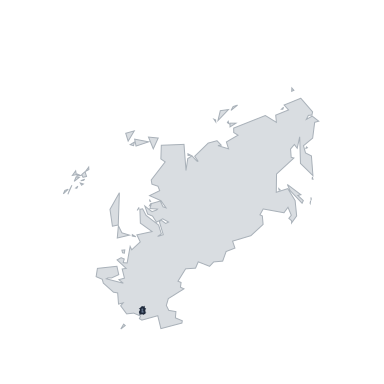 where Kaluga sits in Russia, rotated 319°
{"feature_id": "RUS-2361", "entity_name": "Kaluga", "entity_type": "Region", "adm_level": 1, "iso_a3": "RUS", "parent_name": "Russia", "parent_adm1": "", "projection": "mercator", "projection_center": [35.421, 54.295], "detail": "fine", "context": "in_parent", "style": "filled", "palette": "slate", "viewbox_px": 384, "rotation_deg": 319, "n_neighbors": 0, "source": "natural_earth", "source_scale": "10m", "svg_char_len": 5386}
<svg xmlns="http://www.w3.org/2000/svg" viewBox="0 0 384 384"><g transform="rotate(319 192 192)"><path d="M255.3,278.7L246.8,280.7L248.3,279.1L247.8,275.4L251.7,274.7L254.4,266.5L247.8,268.0L234.6,251.5L228.3,253.8L229.4,256.2L224.4,263.1L207.8,263.6L190.4,255.7L187.6,262.5L178.7,259.3L169.8,264.3L162.5,259.0L156.5,259.6L150.9,248.8L144.7,251.8L136.8,245.8L122.9,250.1L124.4,253.1L120.8,256.3L122.4,259.8L104.2,256.9L98.2,260.8L96.8,266.1L101.4,271.7L96.9,276.1L100.2,282.8L98.4,284.3L78.9,274.7L85.0,262.9L70.1,255.8L69.2,253.1L71.8,251.9L68.6,245.2L62.7,241.1L63.5,231.1L67.3,230.5L63.0,228.4L69.7,219.4L67.0,216.1L65.3,202.6L67.0,199.0L64.1,193.0L70.5,187.6L86.6,198.8L82.5,206.3L75.0,204.1L72.2,201.7L70.4,201.3L80.3,215.8L79.3,210.2L84.5,212.7L88.8,204.3L92.2,206.5L90.9,194.1L95.4,195.1L96.9,198.1L93.7,200.2L96.5,203.0L109.6,192.5L108.6,196.1L120.2,195.7L122.3,188.2L135.9,195.7L132.6,181.6L141.3,170.9L143.7,172.3L142.0,179.5L145.1,195.1L141.4,203.5L136.9,203.0L142.3,205.4L147.8,193.2L150.2,192.6L151.5,198.5L154.6,199.3L152.3,193.0L145.4,191.5L146.4,184.3L144.1,179.6L147.2,171.6L148.9,180.6L153.5,182.4L154.8,182.3L149.4,176.9L153.8,174.1L162.1,178.0L160.4,184.2L162.0,186.9L162.9,178.2L157.6,166.9L168.5,169.8L170.1,165.3L166.9,159.8L169.1,156.2L191.5,151.7L190.2,146.6L199.5,136.6L217.2,150.8L201.6,171.8L210.7,164.0L215.7,164.7L215.9,171.5L216.2,172.5L216.8,172.6L217.5,166.8L236.3,165.7L244.5,169.7L244.8,175.8L242.0,174.0L247.9,183.4L250.8,176.8L264.0,179.3L262.5,174.5L265.4,171.1L297.5,182.4L301.4,194.8L305.6,188.9L318.7,193.4L318.6,186.8L335.6,192.6L335.6,210.6L333.0,212.6L330.1,210.5L325.9,212.2L332.5,213.6L334.1,221.7L330.3,219.9L318.4,230.5L306.5,230.2L303.3,237.0L305.8,243.1L294.0,259.0L292.6,241.6L309.5,221.0L300.1,228.0L300.4,223.3L294.6,224.2L289.6,230.9L291.2,233.2L267.6,233.9L255.4,247.5L266.5,252.3L264.2,266.1L255.3,278.7ZM136.7,144.9L114.7,168.5L109.5,165.6L118.7,151.3L136.7,144.9ZM268.9,248.9L272.4,265.5L269.6,264.0L270.4,271.5L267.7,272.7L267.0,255.3L268.9,248.9ZM105.4,177.7L114.3,169.2L112.3,176.8L116.5,183.5L105.4,177.7ZM258.5,155.1L266.7,149.2L273.6,153.7L258.5,155.1ZM183.4,114.5L192.2,125.7L179.9,120.6L183.4,114.5ZM180.5,104.2L188.5,108.0L177.2,111.7L180.5,104.2ZM195.2,122.0L201.9,129.1L191.1,134.0L195.2,122.0ZM275.0,156.0L279.1,154.5L283.4,156.3L275.0,156.0ZM48.4,248.7L53.7,246.9L54.0,249.0L48.4,248.7ZM101.2,110.0L105.8,108.1L96.8,112.3L101.2,110.0ZM265.9,165.0L270.3,168.9L263.4,167.8L265.9,165.0ZM103.3,191.6L100.8,193.8L99.7,192.3L100.9,189.9L103.3,191.6ZM110.1,106.7L114.4,104.6L116.6,107.0L110.1,106.7ZM124.6,106.5L122.6,111.1L119.4,109.4L120.2,106.5L124.6,106.5ZM128.9,107.4L125.2,106.6L130.4,105.4L128.9,107.4ZM119.0,185.0L120.2,188.9L118.0,186.0L119.0,185.0ZM181.3,116.5L178.3,118.7L176.4,115.7L181.3,116.5ZM112.6,101.0L118.1,99.7L116.1,103.0L112.6,101.0ZM335.6,182.1L333.3,181.4L335.6,179.0L335.6,182.1ZM97.1,107.4L100.4,108.7L93.7,109.0L97.1,107.4ZM141.5,169.4L138.5,169.9L141.5,169.0L141.5,169.4ZM214.0,160.5L215.2,163.5L213.0,161.8L214.0,160.5ZM316.7,188.1L314.8,189.1L313.8,188.2L316.7,188.1ZM117.8,112.1L115.4,110.5L119.4,111.9L117.8,112.1ZM117.2,103.2L118.8,106.5L115.7,104.4L117.2,103.2ZM278.2,274.1L277.7,275.1L276.4,276.5L278.2,274.1ZM113.6,111.9L115.3,114.7L113.1,114.4L113.6,111.9ZM153.6,173.5L151.4,174.7L150.9,174.5L153.6,173.5ZM308.1,234.3L306.6,233.8L308.0,233.1L308.1,234.3ZM265.7,162.4L264.7,164.6L264.2,162.9L265.7,162.4ZM259.7,246.4L259.9,248.1L259.0,247.7L259.7,246.4ZM292.8,259.6L291.6,261.7L291.2,261.0L292.8,259.6ZM109.7,112.7L107.5,113.6L106.8,112.7L109.7,112.7ZM155.0,169.8L154.5,171.9L154.1,171.3L155.0,169.8ZM257.1,153.1L255.9,154.7L256.3,151.4L257.1,153.1ZM273.8,277.9L275.8,276.4L273.7,278.2L273.8,277.9Z" fill="#d9dde1" stroke="#a8b0b8" stroke-width="1"/><path d="M77.7,251.3L77.6,251.2L77.5,251.3L77.4,251.4L77.4,251.5L77.2,251.6L76.9,251.7L76.9,251.8L76.7,251.8L76.7,252.0L76.6,252.3L76.5,252.2L76.4,252.2L76.4,252.3L76.1,252.2L76.0,252.3L75.9,252.3L75.9,252.2L76.0,252.0L75.9,252.0L75.7,252.0L75.3,252.0L75.3,251.9L75.2,251.9L75.1,251.7L75.0,251.4L75.0,251.1L74.9,251.0L74.8,250.9L74.7,250.8L74.7,250.7L74.4,250.4L74.4,250.5L74.2,250.5L74.1,250.4L74.0,250.5L73.9,250.5L73.9,250.4L73.7,250.2L73.4,250.0L73.2,250.1L73.1,249.9L73.3,249.8L73.3,249.7L73.5,249.6L73.5,249.4L73.4,249.4L73.5,249.3L73.5,249.2L73.5,248.9L73.6,248.7L73.7,248.4L73.8,248.4L74.0,248.4L74.3,248.4L74.4,248.5L74.5,248.6L74.7,248.8L74.8,248.8L74.9,248.7L75.0,248.3L75.0,248.2L74.9,248.0L75.0,248.0L75.3,248.1L75.5,248.0L75.6,247.9L75.8,247.8L75.8,247.7L75.7,247.7L75.7,247.4L75.8,247.4L76.0,247.3L76.0,247.2L76.3,246.9L76.4,246.7L76.5,246.5L76.5,246.4L76.8,246.3L76.9,246.2L77.0,246.2L76.9,246.1L77.1,246.1L77.3,246.1L77.4,246.3L77.5,246.3L77.8,246.3L78.0,246.5L78.1,246.4L78.3,246.3L78.4,246.2L78.5,246.0L78.8,246.0L79.0,246.2L79.1,246.3L79.3,246.4L79.4,246.5L79.5,246.5L79.7,246.9L79.8,247.2L79.9,247.3L79.9,247.5L80.0,247.5L79.9,247.6L79.9,247.8L79.9,248.0L79.7,248.4L79.6,248.5L79.6,248.4L79.4,248.3L79.2,248.2L79.2,248.3L79.2,248.5L79.3,248.7L79.5,248.9L79.4,248.9L79.4,249.0L79.3,249.3L79.2,249.2L79.1,249.3L79.0,249.2L78.7,249.2L78.5,249.3L78.4,249.4L78.5,249.5L78.4,249.5L78.4,249.4L78.2,249.4L78.1,249.5L77.9,249.5L77.9,249.8L78.0,249.8L78.0,250.0L77.9,250.0L77.9,250.3L77.7,250.4L77.7,250.5L77.6,250.8L77.6,251.0L77.8,251.0L77.7,251.1L77.7,251.3Z" fill="#64748b" stroke="#1e293b" stroke-width="1.5"/></g></svg>